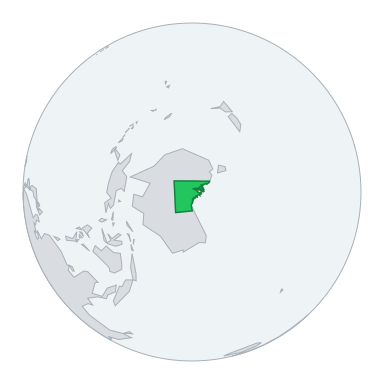 globe centered on South Australia, rotated 268°
{"feature_id": "AUS-2655", "entity_name": "South Australia", "entity_type": "State", "adm_level": 1, "iso_a3": "AUS", "parent_name": "Australia", "parent_adm1": "", "projection": "orthographic", "projection_center": [136.572, -32.035], "detail": "fine", "context": "on_globe", "style": "filled", "palette": "green", "viewbox_px": 384, "rotation_deg": 268, "n_neighbors": 0, "source": "natural_earth", "source_scale": "10m", "svg_char_len": 9342}
<svg xmlns="http://www.w3.org/2000/svg" viewBox="0 0 384 384"><g transform="rotate(268 192 192)"><circle cx="192" cy="192" r="169" fill="#eef3f6" stroke="#a8b0b8"/><path d="M303.6,169.1L303.5,170.4L303.3,170.4L303.6,169.1ZM339.9,113.4L338.5,110.3L340.3,113.4L339.9,113.4ZM337.0,107.7L337.6,108.9L337.0,107.8L337.0,107.7ZM336.1,106.4L336.7,107.3L336.1,106.6L336.1,106.4ZM335.0,105.1L335.5,105.7L335.0,105.1ZM332.9,102.1L332.3,101.3L332.7,101.6L332.9,102.1ZM231.5,356.3L231.9,356.2L234.0,355.7L231.5,356.3ZM233.8,28.3L228.7,27.8L223.0,25.9L233.8,28.3ZM197.6,23.1L189.5,23.3L197.7,23.5L200.7,24.1L195.4,26.6L171.6,32.4L175.2,35.0L174.0,37.0L167.6,38.3L169.2,35.4L164.7,34.6L166.6,33.0L156.8,34.9L159.1,32.7L150.4,35.6L151.3,37.1L159.1,35.9L150.5,39.9L155.6,43.0L153.8,47.9L137.0,59.2L123.6,64.6L122.2,66.8L118.2,65.5L110.8,71.1L116.8,81.2L115.9,85.1L104.9,95.0L105.0,92.1L94.3,88.7L90.8,98.7L98.9,103.9L101.6,113.1L94.8,111.9L92.2,104.3L88.4,102.8L90.5,94.2L89.4,84.0L82.5,88.8L84.1,84.2L81.5,78.3L72.3,85.5L56.9,104.9L53.1,117.9L48.5,126.5L47.2,113.5L50.6,103.2L47.7,107.0L48.4,103.1L46.6,106.0L53.1,95.9L60.3,86.2L68.1,77.1L76.6,68.5L85.7,60.6L95.4,53.4L105.5,46.9L116.0,41.1L127.0,36.0L138.3,31.8L149.8,28.4L161.6,25.8L173.5,24.1L185.5,23.2L197.6,23.1ZM26.6,226.3L27.0,228.1L30.7,241.4L36.4,257.7L40.7,266.3L44.3,273.7L47.7,279.1L53.4,287.9L61.0,298.4L65.3,303.8L57.4,294.1L50.2,283.8L43.8,273.1L38.2,261.9L33.4,250.3L29.5,238.4L26.6,226.3ZM88.7,276.9L92.0,278.0L91.0,279.5L88.7,276.9ZM29.3,223.7L38.8,251.7L39.0,256.1L35.7,250.6L29.9,235.2L28.5,226.4L26.9,217.9L29.3,223.7ZM141.6,131.5L146.7,131.9L146.6,132.6L141.6,131.5ZM136.2,129.5L141.9,129.2L135.4,131.2L136.2,129.5ZM144.2,129.1L150.0,127.3L152.5,125.9L152.1,127.5L144.2,129.1ZM132.5,130.0L112.6,133.2L105.1,133.0L106.6,129.9L118.9,128.0L132.5,130.0ZM106.1,130.0L94.8,125.8L81.0,111.3L85.9,109.6L100.6,116.3L99.7,118.7L106.5,122.5L106.1,130.0ZM134.2,111.5L133.2,118.2L122.1,119.3L117.1,119.1L113.7,111.6L115.6,107.1L119.6,106.5L136.2,90.8L141.7,93.4L136.4,99.4L141.0,104.3L134.2,111.5ZM53.3,118.7L54.6,124.7L52.3,127.6L53.3,118.7ZM143.8,81.5L136.5,87.5L143.4,79.8L143.8,81.5ZM148.4,74.7L148.4,77.2L146.0,75.0L148.4,74.7ZM121.2,70.0L117.0,71.4L117.3,69.8L123.0,67.0L121.2,70.0ZM152.3,52.6L150.6,56.9L149.3,58.4L148.1,56.0L152.3,52.6ZM266.1,230.8L269.0,234.5L264.5,239.3L257.8,243.2L250.6,241.8L266.1,230.8ZM212.2,226.6L210.2,218.2L217.9,219.4L216.2,226.0L212.2,226.6ZM270.9,228.1L274.9,222.9L274.7,213.6L276.3,223.0L281.4,226.8L270.8,235.0L270.9,228.1ZM178.8,190.7L148.0,204.7L140.7,203.6L141.3,197.4L132.2,181.1L134.4,181.1L131.4,170.4L148.9,159.0L161.1,141.9L172.2,143.1L179.8,131.9L191.8,133.7L188.9,142.5L202.2,150.4L209.2,130.9L219.2,155.0L230.2,166.2L235.6,183.9L223.2,209.8L214.2,213.6L211.6,210.0L208.1,212.5L201.4,209.8L196.0,199.0L192.6,201.5L195.1,194.6L190.6,200.4L186.3,193.8L178.8,190.7ZM265.2,166.6L267.4,168.2L271.5,174.5L267.9,172.0L265.2,166.6ZM298.0,170.3L299.4,173.3L296.9,172.2L298.0,170.3ZM303.3,170.4L300.4,169.2L303.6,169.1L303.3,170.4ZM274.8,157.1L276.1,159.1L275.3,159.2L274.8,157.1ZM273.9,156.1L274.9,154.3L275.0,156.7L273.9,156.1ZM262.5,139.2L263.6,138.5L264.3,139.7L262.5,139.2ZM154.3,131.6L161.2,125.9L165.2,125.4L154.3,131.6ZM260.4,136.1L257.3,134.7L257.5,133.7L260.4,136.1ZM260.5,133.5L260.0,131.7L262.3,136.3L260.5,133.5ZM254.2,127.7L258.2,131.9L253.8,127.9L254.2,127.7ZM252.0,127.3L249.2,125.2L249.3,124.8L252.0,127.3ZM222.3,121.2L232.5,132.9L224.7,130.7L215.8,123.1L209.6,127.3L195.0,124.3L198.1,121.4L196.0,116.3L181.5,113.1L178.5,109.8L183.5,108.1L174.2,105.2L184.4,104.4L188.7,111.0L194.6,106.7L205.0,109.2L215.5,113.1L224.3,119.7L222.3,121.2ZM184.8,118.3L186.6,118.5L185.1,120.3L184.8,118.3ZM243.8,119.9L247.9,124.4L247.5,125.0L245.5,123.9L243.8,119.9ZM226.2,119.0L235.5,116.1L237.8,116.8L231.7,121.2L226.2,119.0ZM233.1,112.0L237.6,113.9L240.0,117.6L239.1,118.2L233.1,112.0ZM163.9,111.6L163.6,113.3L161.0,112.0L163.9,111.6ZM167.2,110.6L175.1,112.7L166.6,112.0L167.2,110.6ZM144.3,105.4L146.5,109.2L153.3,106.3L148.1,110.3L153.0,116.8L151.5,119.5L146.6,112.3L145.2,120.1L142.2,120.2L140.4,113.8L143.3,105.8L146.3,102.5L158.8,100.6L144.3,105.4ZM167.1,105.6L165.1,101.0L166.6,98.0L168.8,100.4L167.1,105.6ZM159.4,90.6L154.5,86.0L149.6,88.0L159.8,81.1L162.8,86.5L159.4,90.6ZM155.8,80.4L151.2,82.2L156.1,78.3L155.8,80.4ZM150.2,80.7L150.1,77.7L153.5,77.9L150.2,80.7ZM158.1,80.4L159.6,75.1L161.0,78.1L158.1,80.4ZM149.6,71.1L156.3,75.5L146.9,74.0L148.2,64.8L152.3,64.2L149.6,71.1ZM183.2,39.3L183.1,37.7L187.3,37.5L186.2,38.6L183.2,39.3ZM200.9,36.4L188.4,36.9L178.3,38.1L180.7,38.9L177.2,41.8L174.4,39.0L182.5,36.1L189.9,35.8L192.4,33.9L198.6,33.1L199.4,30.9L202.6,30.3L204.1,32.3L200.9,36.4ZM199.5,30.0L203.1,27.3L210.4,28.5L211.2,29.4L206.5,30.0L202.9,29.3L199.5,30.0ZM206.1,27.1L202.8,26.5L201.0,23.8L202.4,23.7L207.6,25.7L204.7,25.4L203.8,26.0L206.1,27.1Z" fill="#d9dde1" stroke="#a8b0b8" stroke-width="1"/><path d="M186.1,193.4L185.9,193.3L185.7,193.3L185.6,193.5L185.4,193.5L185.2,193.5L185.3,193.3L185.3,193.2L185.5,193.1L185.2,192.7L185.0,192.8L185.0,192.6L184.8,192.6L184.7,192.4L184.8,192.4L184.7,192.3L184.5,192.5L184.3,192.4L184.1,192.4L184.1,192.5L184.3,192.5L184.2,192.6L183.9,192.6L183.6,192.6L183.2,192.3L182.5,191.9L181.9,191.9L181.8,192.0L181.7,192.0L181.8,192.2L181.6,192.1L181.4,192.2L181.2,192.2L180.8,191.9L180.0,191.4L179.4,191.0L178.5,190.7L178.3,190.7L178.0,190.9L177.5,191.1L175.9,191.1L175.7,191.2L175.4,191.2L174.9,191.3L174.4,191.4L174.2,191.4L173.5,191.5L173.4,191.6L173.1,191.6L172.0,174.9L203.7,174.5L202.8,198.1L202.7,198.0L202.2,209.9L201.6,209.9L201.4,209.8L201.0,209.5L200.9,209.5L200.8,209.4L200.8,209.2L200.6,208.7L200.3,208.4L200.1,208.2L199.6,207.5L199.4,207.3L199.5,207.2L199.5,206.9L199.4,206.7L199.6,206.4L199.8,206.1L199.8,205.6L199.5,204.9L199.1,204.0L199.0,203.9L198.9,203.7L198.3,203.0L197.6,202.5L197.8,202.5L198.9,203.6L199.1,203.9L199.4,204.5L199.4,204.3L199.2,203.8L198.9,203.5L198.8,203.4L198.3,202.8L197.9,202.6L198.0,202.5L198.0,202.4L198.4,202.4L198.4,202.6L198.4,202.8L198.5,202.9L198.7,202.6L198.4,202.3L198.5,202.2L198.7,202.3L198.7,202.2L198.7,201.9L198.6,202.0L198.6,201.9L198.3,201.7L198.3,201.8L198.1,202.0L197.9,201.9L197.7,202.0L197.9,202.3L197.6,202.3L197.5,202.2L197.3,202.2L197.4,202.3L197.6,202.3L197.8,202.4L197.5,202.5L197.4,202.4L197.2,202.4L197.0,202.5L196.9,202.6L196.7,202.7L196.1,202.7L195.9,202.7L195.7,202.6L195.8,202.4L196.0,202.2L196.3,201.9L196.5,201.8L196.5,201.5L196.6,201.4L196.6,201.1L196.7,200.9L196.6,200.4L196.7,200.2L196.8,200.1L196.5,199.9L196.5,199.7L196.4,199.6L196.3,199.4L196.2,199.3L196.0,198.8L196.0,198.7L195.9,198.6L195.9,198.4L195.7,198.2L195.5,198.5L195.3,199.0L195.2,199.4L195.2,199.5L195.2,199.8L195.1,200.1L195.0,200.3L194.9,200.7L194.9,200.9L194.8,201.1L194.6,201.3L194.4,201.1L194.1,201.1L193.8,201.3L193.6,201.3L193.4,201.5L193.1,201.4L192.8,201.6L192.7,201.6L192.7,201.3L192.9,201.2L192.9,200.8L193.0,200.7L193.4,200.5L193.7,200.5L194.0,200.6L194.1,200.2L194.3,199.6L194.2,199.4L194.2,199.2L194.2,198.8L194.2,198.5L194.1,198.3L194.2,198.2L194.3,198.2L194.4,197.9L194.6,197.6L194.5,197.4L194.8,197.2L195.0,196.9L195.2,196.6L195.3,196.6L195.4,196.4L195.2,196.0L195.2,195.9L195.1,195.7L195.2,195.4L195.4,195.3L195.6,195.3L195.6,195.1L195.6,194.9L195.4,194.9L195.3,194.2L195.2,194.0L195.2,193.8L195.1,193.7L195.0,193.4L194.9,193.6L194.9,194.0L195.0,194.1L195.1,194.4L195.0,194.6L194.9,194.6L195.0,194.8L194.9,194.8L194.7,194.7L194.5,194.8L194.5,195.0L194.3,195.2L194.2,195.3L194.1,195.5L194.0,196.1L193.8,196.3L193.6,196.8L193.4,196.9L193.1,197.0L192.9,196.9L192.8,197.1L193.0,197.1L192.8,197.2L192.6,197.2L192.3,197.4L192.1,197.5L191.5,198.0L191.2,198.7L190.9,198.8L190.9,199.0L190.9,199.4L190.8,199.2L190.5,199.4L190.4,199.5L190.5,199.7L190.4,199.7L190.3,199.8L190.3,200.0L190.2,200.1L190.3,200.2L190.5,200.1L190.5,200.4L190.6,200.7L190.5,200.8L190.5,200.7L190.4,200.6L190.2,200.4L189.9,200.4L189.9,200.5L189.7,200.6L189.7,200.4L189.3,200.0L189.1,199.8L189.0,199.7L188.9,199.6L188.7,199.5L188.4,199.6L188.6,199.3L188.7,199.1L188.7,199.3L189.0,199.4L188.9,199.4L188.9,199.5L189.0,199.5L189.4,199.6L189.2,199.6L189.2,199.4L189.2,199.5L189.1,199.3L189.1,199.2L189.0,198.6L188.9,198.3L188.7,198.2L188.8,198.2L188.8,197.9L188.6,197.5L188.5,197.4L188.2,197.1L187.7,196.7L187.8,196.7L187.8,196.3L187.7,195.9L187.3,195.6L187.5,195.5L187.4,195.4L187.1,195.3L187.3,195.6L187.2,195.6L186.8,195.4L186.6,195.4L186.5,195.5L186.3,195.4L186.2,195.0L186.2,194.9L186.0,194.7L186.0,194.8L185.8,194.7L186.0,194.4L185.8,194.1L186.2,194.1L186.1,194.3L186.4,194.0L186.3,193.7L186.1,193.4ZM195.7,203.2L195.7,203.3L195.5,203.5L195.4,203.5L195.2,203.3L194.5,203.4L194.5,203.5L194.5,203.8L194.1,203.9L193.9,203.7L193.6,203.6L193.4,203.8L193.1,203.7L192.8,203.8L192.7,203.8L192.3,203.9L192.2,203.6L191.9,203.4L192.0,203.1L192.3,202.9L192.6,202.8L193.2,202.7L193.7,202.6L193.8,202.5L194.1,202.5L194.5,202.5L194.4,202.7L194.6,202.7L194.4,202.9L194.5,202.9L194.7,203.0L194.9,202.9L194.9,203.1L195.0,203.1L195.2,202.9L195.3,202.9L195.6,203.0L195.7,203.2ZM190.9,200.6L191.1,200.8L191.1,201.0L191.0,200.9L191.0,200.7L190.8,200.6L190.9,200.6ZM184.5,192.9L184.8,192.7L184.6,192.8L184.5,192.9ZM187.0,196.9L187.0,197.1L186.9,197.1L187.0,196.9ZM193.9,199.2L193.9,199.3L193.9,199.2ZM191.7,201.2L191.8,201.2L191.7,201.2L191.7,201.2Z" fill="#22c55e" stroke="#15803d" stroke-width="1.5"/></g></svg>